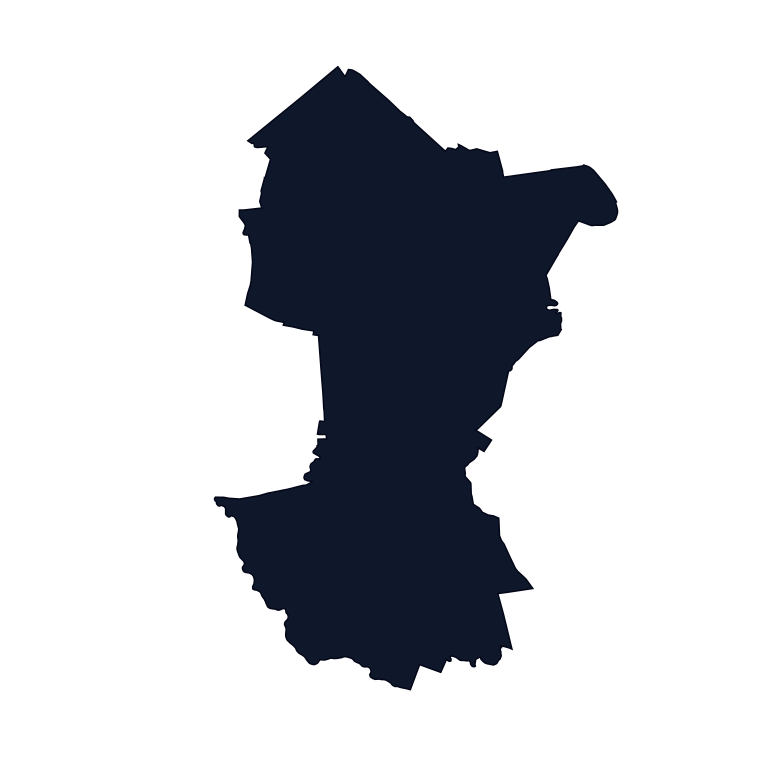 Sintea Mare, Arad, Romania, rotated 18°
{"feature_id": "2599482B97863351949549", "entity_name": "Sintea Mare", "entity_type": "district", "adm_level": 2, "iso_a3": "ROU", "parent_name": "Romania", "parent_adm1": "Arad", "projection": "equal_earth", "projection_center": [21.626, 46.508], "detail": "fine", "context": "isolated", "style": "filled", "palette": "ink", "viewbox_px": 768, "rotation_deg": 18, "n_neighbors": 0, "source": "geoboundaries", "source_scale": "gbopen_adm2", "svg_char_len": 6165}
<svg xmlns="http://www.w3.org/2000/svg" viewBox="0 0 768 768"><g transform="rotate(18 384 384)"><path d="M399.7,672.7L402.5,672.8L404.4,672.4L405.6,671.5L406.6,670.5L407.5,669.0L407.7,667.7L408.6,665.8L411.4,665.3L412.7,664.9L415.9,662.9L417.3,661.6L418.2,661.2L419.6,660.7L421.2,660.6L424.5,659.3L428.6,657.1L429.8,656.0L431.7,655.2L432.9,655.0L436.8,654.9L438.7,655.0L439.8,655.6L441.5,656.7L443.4,657.1L446.2,657.3L447.5,657.5L448.7,658.1L450.1,659.0L451.5,659.2L453.2,659.0L455.3,658.1L457.8,658.3L459.1,659.1L459.9,660.1L460.7,661.8L460.3,664.9L461.0,666.1L461.7,666.8L463.5,667.4L464.7,667.6L466.9,667.6L470.4,666.2L473.2,665.8L475.0,665.2L477.3,665.0L479.9,665.5L482.9,666.3L484.5,667.5L485.7,668.0L488.1,668.3L490.0,667.5L493.2,667.5L499.8,666.8L503.5,666.6L504.6,640.0L504.9,639.9L527.1,640.7L528.5,626.8L531.2,627.6L532.5,627.3L533.2,626.6L532.9,626.3L533.0,625.7L532.6,624.6L531.8,624.2L531.1,622.5L531.7,622.1L533.7,621.6L537.1,621.7L541.6,623.2L542.9,623.0L545.9,622.1L547.5,621.9L548.7,621.6L549.8,621.0L551.0,621.1L551.8,621.4L553.0,623.7L554.9,625.2L555.9,625.3L557.5,624.9L558.1,624.1L557.1,622.6L556.7,619.7L556.3,617.7L557.3,616.4L559.3,614.5L559.7,613.8L560.6,614.6L561.3,615.8L563.6,617.1L565.7,618.0L568.3,618.2L575.0,617.4L576.9,615.8L577.9,614.1L578.2,611.6L579.4,609.7L579.5,606.3L578.7,604.8L577.9,602.7L576.3,600.1L576.1,598.5L576.1,596.9L576.9,597.6L576.8,597.2L579.2,596.5L585.0,596.3L587.6,596.6L569.0,566.4L557.0,548.1L565.3,544.2L588.7,532.5L579.1,525.5L568.7,520.7L565.9,518.7L556.4,508.7L547.6,499.1L544.2,496.7L540.7,492.5L534.6,476.1L528.9,475.6L523.7,476.4L517.2,475.6L513.0,472.6L506.1,470.8L502.7,464.3L500.8,461.3L497.5,452.1L496.9,451.1L490.3,447.2L489.6,446.7L488.8,443.6L486.8,439.5L486.6,437.9L487.8,436.0L488.6,435.0L489.0,433.1L492.9,427.8L494.5,424.0L494.6,422.2L494.3,419.9L493.4,415.8L500.0,417.2L503.6,404.1L485.3,399.5L487.0,397.7L501.8,369.5L501.9,368.0L498.5,333.5L498.8,333.0L499.9,332.4L500.7,331.2L501.0,330.2L500.3,327.4L500.6,326.1L501.4,324.3L502.0,322.1L504.3,318.8L510.7,304.6L517.1,295.1L518.8,294.5L526.0,288.4L530.8,285.7L534.2,284.0L535.8,277.4L535.1,276.9L533.4,272.5L533.2,271.4L533.4,269.1L532.4,266.4L531.2,265.0L530.6,263.0L530.5,262.0L530.2,261.6L529.6,261.6L529.0,261.8L526.9,263.3L526.1,263.5L525.7,263.4L525.6,263.0L525.7,262.5L526.2,261.7L526.7,260.7L526.6,260.2L526.2,259.7L525.8,259.6L522.9,260.4L521.5,261.0L519.8,262.1L518.5,262.7L517.8,262.8L516.6,262.7L515.8,262.4L515.1,261.8L514.8,261.0L514.8,259.7L515.2,259.0L516.2,258.4L518.9,257.4L522.3,256.8L523.1,256.3L523.8,255.6L524.3,254.4L524.3,253.8L523.7,253.1L522.7,252.5L521.2,252.1L520.0,251.8L518.9,251.8L517.5,252.1L516.5,252.0L511.4,241.5L506.5,233.1L504.4,230.6L505.1,227.7L508.9,209.9L509.7,207.0L509.6,206.2L513.7,189.0L516.3,176.2L518.4,169.0L519.7,168.8L521.2,168.8L530.2,169.2L532.8,169.1L535.6,167.8L543.6,165.2L544.2,164.9L549.8,160.1L552.6,156.9L553.0,156.1L553.2,155.0L553.3,151.4L553.2,148.9L552.2,146.2L550.8,143.9L548.6,140.7L548.4,139.5L548.8,139.0L547.6,137.7L542.4,132.9L532.5,125.5L517.6,116.2L513.1,114.4L511.1,114.1L506.3,114.0L505.4,115.3L500.1,118.0L476.7,128.8L476.5,129.6L433.8,150.3L431.7,146.6L431.0,144.8L419.9,127.7L413.3,131.3L399.5,131.7L394.7,134.7L393.0,135.5L383.4,133.5L380.7,133.2L381.8,135.2L381.7,135.7L379.8,138.9L375.2,139.1L373.2,139.6L371.9,139.7L370.5,143.7L331.6,126.2L330.5,124.9L328.7,123.7L326.2,122.4L325.4,122.4L323.9,122.8L322.9,122.7L320.3,121.6L315.0,119.7L301.2,113.0L277.0,102.6L275.5,101.6L265.8,97.1L260.0,95.7L256.6,95.2L253.0,95.9L252.2,102.6L251.6,103.5L242.1,96.5L215.3,139.1L179.3,194.8L183.9,196.0L185.0,195.6L186.1,195.6L187.5,198.4L188.9,198.4L190.6,198.2L199.3,194.5L200.0,194.9L200.1,195.8L199.5,199.9L199.4,201.2L206.6,205.3L207.2,224.4L206.5,224.6L206.8,225.8L207.4,238.3L208.6,240.3L209.4,248.7L213.4,254.4L196.6,262.0L192.7,263.2L194.6,269.4L200.9,273.8L203.2,276.0L203.5,279.7L203.2,283.6L203.8,284.8L205.1,285.3L209.2,284.2L212.9,291.1L214.1,292.1L216.2,296.1L221.3,308.7L225.7,326.8L226.3,331.2L226.4,340.4L227.6,352.0L228.0,352.0L253.6,356.4L259.3,357.2L261.9,357.3L270.0,356.3L270.0,359.2L279.9,357.8L289.4,357.1L300.9,355.2L301.4,359.0L306.8,358.1L306.8,358.3L319.9,390.3L328.9,412.0L334.2,425.7L335.6,428.7L338.7,437.0L339.0,438.1L334.9,438.9L334.4,439.1L334.3,439.6L336.2,452.3L338.3,452.0L344.4,449.9L346.5,453.9L338.2,456.9L340.3,462.8L339.4,463.3L339.8,464.7L337.4,469.9L338.1,471.4L345.2,472.9L345.9,473.9L346.0,475.0L344.7,475.5L342.4,476.2L341.9,477.0L341.5,478.8L341.0,480.1L339.3,482.3L339.1,483.8L339.2,485.7L341.1,488.5L340.9,490.3L336.9,494.0L336.6,496.0L336.9,498.0L338.1,499.4L341.3,499.7L345.4,498.9L345.7,499.6L341.1,504.3L338.3,505.4L324.8,513.9L307.4,523.6L299.7,528.8L282.2,538.0L271.8,540.6L266.5,541.3L264.7,541.9L258.7,543.7L258.2,545.1L258.5,546.2L259.7,547.4L261.2,548.0L261.7,549.6L263.6,550.9L265.0,551.0L267.2,549.6L269.9,549.9L271.0,550.6L271.8,551.3L272.5,553.3L273.5,556.5L274.4,557.5L276.1,558.3L277.0,558.5L278.3,558.1L279.4,556.5L281.9,556.3L284.2,557.5L286.4,559.8L288.4,563.2L290.2,566.0L290.7,566.5L290.7,567.2L291.0,568.1L291.6,572.7L292.3,575.0L293.5,577.4L294.0,578.9L294.2,580.4L294.5,581.4L294.8,585.0L295.3,586.6L297.0,589.2L297.9,590.2L298.8,591.5L300.6,593.4L305.6,596.1L306.3,597.1L306.8,597.8L306.8,599.1L306.7,600.4L306.0,601.6L306.5,603.5L307.7,605.0L308.8,605.8L310.4,606.0L313.3,605.5L314.8,605.4L317.5,606.0L319.3,607.3L320.1,608.4L321.0,609.7L321.6,611.7L322.1,614.3L321.7,616.8L321.9,618.0L322.3,619.0L322.8,619.6L324.7,619.8L326.4,619.4L327.4,619.5L329.9,619.9L331.2,620.6L333.5,623.3L334.6,624.2L336.6,625.6L338.6,627.7L340.4,629.9L342.3,631.9L343.1,632.2L344.8,632.6L348.5,632.1L349.7,631.7L352.8,631.9L354.1,631.5L355.7,630.3L356.8,629.2L357.5,628.8L358.2,628.5L359.0,628.4L359.7,628.7L360.5,629.6L361.6,631.8L363.3,632.8L364.6,634.2L365.1,636.0L365.1,637.4L363.5,640.7L363.5,642.7L364.0,644.0L365.0,644.9L366.3,646.6L366.9,648.0L367.6,651.3L368.1,653.2L369.2,655.4L371.1,657.5L374.7,659.3L377.5,660.3L379.6,661.3L381.6,662.5L382.5,663.5L383.3,664.6L386.0,666.2L389.6,667.0L392.4,667.8L394.2,669.0L395.4,670.1L397.8,671.7L399.7,672.7Z" fill="#0f172a" stroke="#020617" stroke-width="1.5"/></g></svg>